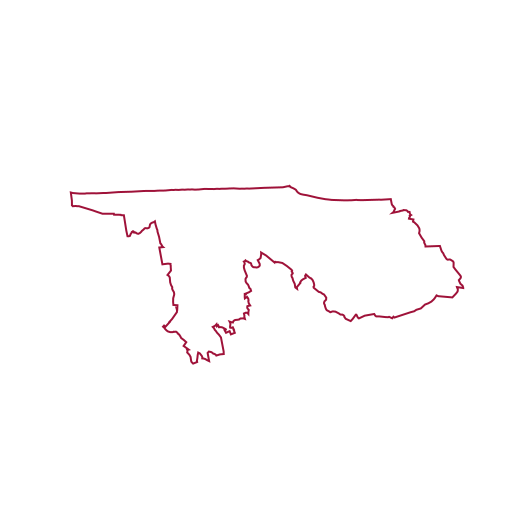 outline of Vega de Alatorre, Veracruz, Mexico, rotated 305°
{"feature_id": "50627088B59302189712162", "entity_name": "Vega de Alatorre", "entity_type": "district", "adm_level": 2, "iso_a3": "MEX", "parent_name": "Mexico", "parent_adm1": "Veracruz", "projection": "robinson", "projection_center": [-96.652, 19.993], "detail": "fine", "context": "isolated", "style": "outline", "palette": "rose", "viewbox_px": 512, "rotation_deg": 305, "n_neighbors": 0, "source": "geoboundaries", "source_scale": "gbopen_adm2", "svg_char_len": 6136}
<svg xmlns="http://www.w3.org/2000/svg" viewBox="0 0 512 512"><g transform="rotate(305 256 256)"><path d="M379.9,333.8L373.6,325.9L373.1,325.0L362.4,310.6L360.1,307.1L359.6,306.1L356.4,302.2L352.5,296.8L345.4,285.9L343.7,282.7L342.3,280.2L339.0,273.0L335.0,262.9L333.3,259.4L332.3,256.9L332.1,255.5L332.1,253.7L332.5,252.1L333.0,251.1L333.1,250.2L332.9,247.8L332.3,245.0L332.6,243.9L332.6,243.2L332.0,243.2L331.6,242.1L332.1,241.7L331.4,242.0L327.7,238.6L316.3,223.3L307.4,211.9L305.9,209.6L304.4,207.8L302.9,205.6L301.7,204.0L298.6,198.9L295.9,195.3L294.2,193.2L290.8,188.5L290.2,187.9L288.6,185.4L286.9,183.4L281.3,175.2L277.6,170.9L275.3,167.9L273.8,165.3L272.7,164.0L271.4,162.0L269.4,159.6L268.0,157.4L265.7,154.7L264.0,152.0L263.0,150.9L261.5,148.7L257.4,143.9L253.3,138.2L250.9,135.3L245.2,127.2L237.3,117.2L229.5,106.7L221.4,96.8L220.2,95.0L215.6,89.1L214.7,87.6L210.0,81.1L208.9,80.0L206.1,76.0L202.5,69.8L201.8,67.9L195.8,73.4L191.9,76.2L192.0,76.7L191.7,77.4L193.7,79.8L194.1,80.8L195.2,82.3L199.7,96.0L200.6,99.3L202.6,106.1L209.1,115.3L208.4,116.0L212.2,121.6L212.1,122.2L213.6,124.4L202.5,135.1L198.5,139.4L199.2,140.5L200.2,141.2L202.0,140.7L203.2,140.8L204.4,140.5L205.0,140.9L205.6,140.9L205.8,141.1L205.8,141.4L205.3,141.4L205.1,142.3L205.5,143.1L205.8,143.2L205.9,143.7L206.2,143.9L206.1,145.2L206.4,146.3L206.7,146.9L208.2,147.7L210.0,148.1L211.1,148.1L213.1,148.7L214.7,148.9L215.4,149.4L216.3,151.1L217.5,152.0L218.5,152.2L221.1,151.1L222.4,151.2L223.9,151.9L225.1,152.9L226.4,153.3L224.3,155.5L221.5,159.0L220.7,160.3L219.4,161.4L216.1,165.6L211.5,170.4L211.3,171.5L210.1,173.9L210.0,174.8L207.5,171.9L195.5,184.1L199.3,188.3L200.5,190.5L199.6,191.1L199.0,191.9L198.4,192.2L195.3,194.7L189.7,194.4L189.7,195.6L189.4,196.8L188.9,197.7L185.2,200.8L183.5,203.0L182.4,205.3L181.2,206.0L180.5,206.9L179.3,209.5L178.8,210.0L178.1,210.7L177.3,211.2L173.9,212.4L170.9,214.4L168.5,216.4L170.6,219.9L167.4,221.9L167.4,221.1L166.4,222.3L164.7,223.4L156.2,223.4L152.4,222.9L152.4,223.2L146.1,222.4L146.3,220.6L144.8,220.4L144.6,222.1L144.1,223.4L143.7,225.6L143.7,227.2L144.4,229.3L145.5,231.0L146.4,231.9L146.9,232.1L147.1,232.7L148.1,233.8L148.1,234.1L148.1,235.3L147.9,236.1L147.6,236.4L147.6,238.3L147.1,239.0L146.9,239.9L145.9,241.7L145.8,245.1L145.4,248.3L140.8,248.3L140.7,254.5L139.6,253.5L139.3,254.1L137.5,255.0L136.9,258.0L135.8,260.3L132.7,263.2L132.2,264.0L131.8,266.2L135.4,268.6L136.1,267.8L139.0,266.4L141.3,265.1L143.7,264.1L143.7,265.0L144.0,265.4L143.9,266.3L143.6,267.0L143.1,268.8L142.2,270.2L141.3,270.7L142.0,272.0L142.5,273.6L142.6,275.5L143.0,277.9L148.8,272.0L150.7,272.2L151.6,274.4L151.7,275.7L151.5,277.1L152.0,278.1L152.0,280.0L151.7,280.6L154.7,282.9L157.2,285.8L159.3,284.2L169.2,274.0L170.3,270.7L170.8,268.1L171.5,266.3L171.9,264.5L172.7,263.2L173.1,261.3L175.4,262.5L177.5,262.8L176.1,264.3L177.6,264.6L177.0,265.8L176.4,266.5L177.6,268.0L178.2,269.4L178.7,273.2L178.5,273.5L177.3,272.7L175.9,275.5L179.3,277.5L177.4,280.4L180.9,282.7L182.8,279.9L183.0,280.1L184.3,277.9L182.9,276.9L182.5,275.9L183.2,275.3L185.5,274.1L186.3,273.4L187.1,272.0L187.7,274.0L188.3,275.2L188.8,275.0L189.6,274.9L190.9,275.2L191.7,275.7L193.4,277.7L194.5,278.7L194.9,278.7L195.9,279.1L197.7,281.5L198.1,283.0L199.5,281.3L200.4,280.8L202.0,279.1L203.9,280.3L204.4,281.8L204.1,283.0L205.7,281.9L207.7,281.0L208.2,279.0L209.1,278.1L210.0,277.7L212.1,279.6L213.1,277.2L214.7,275.5L215.3,275.4L216.3,274.5L216.7,274.0L216.8,273.3L217.0,273.2L217.4,272.1L214.9,271.2L215.8,270.4L218.4,268.6L218.8,269.4L219.1,269.0L222.2,271.0L224.6,272.0L225.9,270.3L226.0,268.8L227.0,267.5L228.0,265.8L228.3,264.0L229.1,262.2L231.1,260.6L232.3,260.4L233.3,260.5L234.5,260.0L237.7,255.0L239.5,252.8L241.2,251.6L242.5,251.5L243.1,251.3L244.2,250.1L244.5,249.3L245.1,249.7L246.4,249.9L246.2,250.8L246.5,251.5L246.5,252.1L246.8,252.9L246.6,253.8L247.1,255.4L247.1,256.2L245.9,257.5L245.5,258.6L245.3,259.5L245.4,260.4L246.4,262.0L246.9,263.1L247.9,264.0L249.5,264.6L250.6,264.4L251.7,263.5L253.6,259.8L255.1,260.5L257.0,260.9L260.5,259.2L261.8,258.2L262.2,264.1L261.3,275.0L262.0,274.8L262.5,275.4L262.6,276.2L263.7,277.7L265.4,281.6L265.5,287.1L265.1,293.0L264.7,294.0L263.7,294.2L263.3,295.5L262.7,296.1L262.1,295.9L260.9,295.9L260.0,296.6L259.2,297.6L258.8,298.7L258.0,299.5L257.0,300.8L255.4,303.7L252.8,306.2L252.7,308.4L253.8,307.3L259.4,307.8L259.7,307.3L261.8,307.2L263.8,307.8L266.6,309.3L267.9,307.6L269.5,307.5L269.0,311.8L269.1,313.8L269.3,314.1L268.7,316.3L267.4,318.4L266.0,320.0L264.9,320.8L263.7,320.8L263.1,321.5L262.6,328.0L263.3,329.8L263.2,332.2L263.5,333.8L262.2,337.4L260.4,338.5L258.1,338.1L256.6,338.6L256.0,339.2L255.4,340.4L254.4,341.4L253.0,343.3L252.5,344.2L252.2,345.1L252.6,348.2L252.5,348.9L252.7,349.3L254.0,350.1L254.7,350.7L256.0,353.0L256.5,356.9L256.4,358.0L256.6,359.0L257.5,360.3L257.7,361.6L257.4,362.8L256.8,363.3L256.0,365.5L257.0,370.9L259.9,371.3L265.2,371.4L265.5,371.9L264.0,374.7L263.9,376.1L269.5,379.3L276.3,386.1L275.5,388.0L275.5,389.1L277.2,391.6L280.4,397.4L281.7,399.4L282.5,399.9L283.1,403.3L285.1,403.4L285.0,404.7L298.5,414.8L301.5,417.3L303.9,418.2L307.6,421.1L313.2,422.3L316.1,424.3L319.2,425.8L322.4,426.5L324.3,426.6L327.3,426.5L327.6,428.3L334.7,440.6L340.0,441.4L342.5,441.5L343.8,440.9L345.1,439.9L345.3,439.0L345.8,438.4L348.6,444.1L349.1,443.7L350.2,442.1L350.5,439.4L351.9,436.9L352.6,436.0L355.0,436.3L355.8,436.1L356.4,435.9L357.1,434.9L359.3,427.1L360.3,424.1L363.9,421.7L364.6,420.7L364.6,418.4L364.4,416.8L362.9,415.1L362.8,414.1L363.0,413.3L364.6,409.4L365.7,407.7L365.9,406.6L366.7,404.9L369.7,400.9L361.0,389.4L362.1,388.5L363.4,386.1L364.6,385.4L366.0,381.2L368.2,376.5L370.2,375.7L371.2,375.0L372.2,374.0L372.6,373.2L373.7,370.7L374.4,366.2L374.2,365.5L374.2,364.9L376.2,364.0L374.3,359.9L374.9,359.6L376.1,359.6L377.0,359.3L377.2,358.9L378.5,359.5L378.5,358.8L378.9,357.8L380.2,356.5L379.3,355.2L379.7,354.3L379.7,353.0L378.2,350.4L377.6,350.3L375.4,348.1L375.0,348.1L374.0,347.2L369.7,343.1L371.3,343.5L372.4,343.1L374.4,342.9L375.2,341.4L375.1,340.4L375.6,339.9L375.7,338.7L376.4,337.4L379.9,333.8Z" fill="none" stroke="#9f1239" stroke-width="2"/></g></svg>